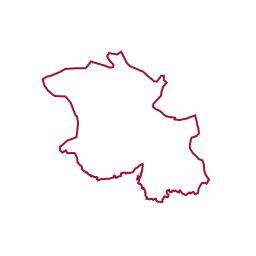 Jo River, River Cess, Liberia (Albers equal-area conic projection), rotated 223°
{"feature_id": "62588387B78382325144882", "entity_name": "Jo River", "entity_type": "district", "adm_level": 2, "iso_a3": "LBR", "parent_name": "Liberia", "parent_adm1": "River Cess", "projection": "albers", "projection_center": [-9.507, 6.035], "detail": "fine", "context": "isolated", "style": "outline", "palette": "rose", "viewbox_px": 256, "rotation_deg": 223, "n_neighbors": 0, "source": "geoboundaries", "source_scale": "gbopen_adm2", "svg_char_len": 4030}
<svg xmlns="http://www.w3.org/2000/svg" viewBox="0 0 256 256"><g transform="rotate(223 128 128)"><path d="M223.5,105.3L220.7,103.6L218.1,102.0L212.1,100.8L206.5,101.0L205.4,101.1L203.3,101.5L198.6,105.5L195.4,108.3L193.0,108.1L187.0,107.4L185.6,106.7L183.1,105.4L181.2,104.4L175.3,101.7L174.9,101.5L173.2,101.6L167.9,97.6L165.1,93.9L163.2,91.5L161.4,88.9L159.5,86.1L163.9,77.0L164.1,74.6L164.4,69.5L165.1,68.3L162.3,65.3L159.2,65.3L158.1,69.2L155.1,68.3L152.7,70.7L150.2,73.2L148.1,72.8L144.4,71.1L141.5,68.4L140.9,68.8L140.4,68.6L139.9,68.1L138.8,68.3L138.1,68.0L136.3,68.5L135.1,68.0L133.9,66.6L133.5,66.5L132.6,66.3L131.0,66.5L129.6,66.9L128.5,66.7L128.2,66.8L127.9,67.3L127.8,67.6L127.7,67.6L127.1,67.5L126.9,67.5L126.3,67.2L125.0,67.2L124.8,67.3L124.7,67.3L123.9,67.6L122.7,68.2L122.5,67.7L122.2,67.4L121.8,67.5L121.4,68.0L121.1,68.7L119.1,69.2L118.5,70.0L118.3,70.0L117.3,70.9L116.7,70.8L116.5,69.7L115.9,69.3L115.5,69.4L115.0,69.7L114.3,69.5L114.2,69.4L113.1,71.8L112.8,72.3L112.7,72.8L112.1,73.1L111.7,73.3L110.2,74.7L110.0,74.9L109.4,75.9L108.9,76.5L108.4,77.0L107.9,77.3L107.3,77.8L106.5,79.3L105.2,81.5L104.8,82.3L105.5,83.2L105.4,83.9L104.6,84.1L103.5,83.4L102.7,83.3L102.0,85.6L101.6,86.8L101.3,87.0L100.5,87.7L100.4,88.4L101.0,88.9L101.2,89.0L101.7,89.4L102.2,89.8L102.2,90.2L101.6,90.7L101.2,91.4L101.2,92.0L100.8,92.5L99.6,93.4L99.0,93.3L98.7,93.2L98.0,93.8L98.1,94.3L97.7,95.1L96.7,95.7L95.6,96.9L94.9,98.2L94.7,98.6L94.4,99.2L94.4,99.9L94.8,101.1L94.9,103.5L94.1,105.6L94.1,106.4L94.2,108.0L93.5,109.5L93.1,111.1L92.7,111.5L92.3,111.6L92.2,111.0L91.1,110.1L90.6,108.9L89.2,107.4L89.2,107.1L87.9,105.2L87.9,104.3L87.1,103.1L86.6,102.5L86.2,102.4L86.0,101.8L85.7,100.3L87.0,99.4L88.1,99.8L88.1,99.6L87.1,98.7L86.8,97.1L86.3,96.7L85.9,97.8L85.1,98.3L84.9,98.5L84.2,97.0L83.4,95.9L83.2,94.6L82.4,94.4L82.0,94.6L81.6,94.8L81.5,95.0L80.8,95.4L80.3,95.4L79.5,95.5L77.9,94.7L76.8,93.4L76.1,93.6L75.8,94.6L75.2,94.0L74.3,94.5L71.9,92.7L70.9,92.7L70.3,91.5L68.9,90.4L67.6,90.4L66.9,90.0L66.7,89.2L66.2,88.8L65.7,89.9L65.3,89.7L64.8,89.7L63.5,90.6L62.7,91.9L62.6,92.2L61.9,92.5L61.4,92.5L60.6,92.6L60.5,93.5L59.7,94.9L59.1,95.3L57.9,94.2L57.3,94.2L56.4,94.4L56.0,94.4L55.7,94.4L54.3,95.9L52.6,97.2L52.4,97.3L52.8,97.9L53.3,98.3L53.8,98.9L53.8,99.2L54.0,100.6L54.8,102.2L54.4,103.2L52.5,103.7L52.1,104.1L51.8,104.4L51.9,105.6L53.0,106.9L54.1,106.7L55.0,106.7L56.5,107.9L56.6,108.7L56.2,109.9L56.1,110.1L55.6,110.8L54.7,109.9L54.1,109.8L52.9,110.3L52.8,110.5L52.3,111.3L52.8,112.4L52.2,113.1L51.2,113.5L50.5,114.6L49.1,114.9L47.7,115.0L46.9,115.5L47.2,116.4L47.5,116.9L47.6,117.1L47.5,117.8L46.5,117.6L44.0,117.2L42.6,117.5L41.5,117.9L40.3,118.3L39.8,118.5L39.7,119.5L39.4,121.6L39.1,121.7L39.4,122.3L38.7,123.0L37.8,122.8L37.4,123.0L37.1,124.9L36.7,125.9L36.0,125.8L34.6,125.2L33.5,125.3L33.3,125.9L33.0,127.1L32.5,128.3L32.9,128.8L33.2,129.2L35.0,132.0L35.7,134.5L35.9,135.2L36.3,138.0L35.5,139.1L34.7,140.1L34.1,140.6L33.1,140.7L32.5,140.8L32.6,141.8L33.0,142.9L33.4,143.7L33.4,144.7L33.9,145.4L33.9,145.6L34.3,145.5L39.5,146.9L42.7,148.4L47.5,153.0L51.4,155.1L53.3,154.3L55.2,153.5L59.2,153.9L63.3,153.9L68.2,155.1L70.5,156.8L70.7,157.0L73.7,161.7L74.9,164.4L72.4,168.7L72.4,172.4L76.8,176.1L77.3,176.5L79.4,177.3L82.4,179.8L85.2,181.5L87.5,183.0L89.8,178.6L90.3,177.6L91.5,175.0L95.8,168.9L99.8,166.1L100.6,167.6L104.9,164.5L105.1,164.4L108.7,162.4L116.2,162.2L120.8,160.7L121.5,160.7L124.0,160.5L125.9,163.0L125.9,169.5L125.9,174.2L126.0,174.3L128.2,177.4L130.4,182.0L130.8,187.6L134.4,187.5L137.6,190.7L139.3,188.7L138.6,182.4L138.5,181.6L140.8,179.9L143.8,179.9L148.9,179.5L151.8,179.5L152.7,179.5L155.4,179.5L158.0,178.4L161.8,177.2L168.6,174.6L172.9,174.7L177.8,176.4L185.0,179.1L186.1,174.3L193.1,169.8L192.2,166.3L192.2,166.2L186.5,164.5L182.0,164.5L180.3,162.4L182.5,159.7L185.1,158.7L187.8,157.6L189.4,156.8L195.8,153.6L200.5,151.3L200.1,148.5L199.8,143.6L199.7,142.8L205.8,137.2L214.1,128.5L215.9,122.8L216.2,122.1L219.3,115.0L222.7,109.5L223.5,105.3Z" fill="none" stroke="#9f1239" stroke-width="2"/></g></svg>